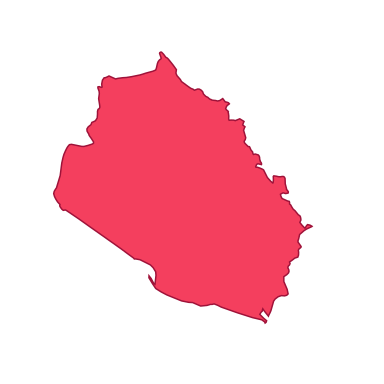 an SVG outline of Poland, rotated 213°
{"feature_id": "POL", "entity_name": "Poland", "entity_type": "country or territory", "adm_level": 0, "iso_a3": "POL", "parent_name": "Europe", "parent_adm1": "", "projection": "robinson", "projection_center": [19.099, 51.929], "detail": "fine", "context": "isolated", "style": "filled", "palette": "rose", "viewbox_px": 384, "rotation_deg": 213, "n_neighbors": 0, "source": "natural_earth", "source_scale": "50m", "svg_char_len": 3880}
<svg xmlns="http://www.w3.org/2000/svg" viewBox="0 0 384 384"><g transform="rotate(213 192 192)"><path d="M313.7,205.9L315.2,208.2L315.8,210.1L315.2,211.6L315.5,213.0L316.8,214.6L321.1,219.4L323.3,224.0L324.7,225.8L327.7,228.1L328.1,229.1L326.9,230.0L325.9,230.1L325.1,230.3L324.6,231.1L325.4,232.0L326.5,233.3L328.0,237.0L327.9,239.9L326.9,240.7L325.7,242.5L324.8,244.1L317.7,245.2L316.0,247.0L312.1,250.3L309.5,252.2L305.6,255.7L299.4,261.8L297.2,264.4L295.5,266.5L290.5,272.1L288.9,274.5L289.3,276.4L291.0,281.0L291.4,283.1L291.2,285.0L290.6,286.7L290.7,287.4L292.3,288.7L294.7,290.6L294.9,291.2L294.6,292.1L293.7,292.7L290.7,292.0L287.3,290.7L286.2,290.9L284.3,290.6L276.8,288.1L271.7,286.1L271.1,284.8L270.2,282.9L268.0,281.4L263.0,280.0L261.0,278.9L253.0,278.4L249.5,278.3L247.0,278.8L245.4,278.7L243.3,281.5L241.8,282.3L239.6,282.4L237.7,281.9L235.7,280.4L232.6,279.7L230.3,280.0L228.6,279.7L227.2,279.6L226.7,279.9L225.5,279.9L223.9,280.6L222.0,281.6L220.0,282.3L218.5,283.9L217.1,287.1L213.2,285.7L211.8,286.3L210.0,286.7L208.7,286.3L209.0,285.2L209.6,283.9L209.6,282.2L209.2,280.3L208.0,279.7L206.1,279.5L205.2,279.1L205.1,278.5L204.2,277.7L202.5,275.7L201.0,273.2L199.9,272.4L198.4,273.6L196.1,275.0L194.6,275.4L191.8,279.4L186.8,279.5L186.5,277.7L186.0,275.9L183.0,275.5L183.0,274.4L182.3,271.8L176.5,266.8L175.8,264.7L176.0,263.8L175.6,262.5L174.3,261.7L169.7,260.7L168.5,261.3L167.4,260.7L165.7,259.5L162.8,258.5L162.5,258.0L161.4,257.1L160.8,257.0L160.4,257.5L159.6,258.3L156.6,259.2L155.4,258.8L154.3,258.0L153.0,256.3L151.2,254.8L149.8,254.2L148.9,253.4L148.7,252.8L152.1,251.6L152.8,250.3L152.4,247.9L151.9,247.6L150.6,248.4L147.8,249.1L145.3,249.5L144.0,249.5L136.7,245.2L132.0,243.9L129.3,243.5L129.0,243.9L130.2,246.3L132.3,249.3L132.2,250.1L129.6,251.3L128.1,251.8L126.3,252.8L124.8,254.2L123.5,254.9L122.4,254.7L121.3,254.0L118.3,249.7L114.6,246.3L114.2,245.6L113.0,245.4L111.3,244.6L110.8,243.6L111.6,242.6L112.8,241.6L114.9,241.0L115.5,240.4L115.9,239.6L116.6,238.4L116.5,238.1L115.0,236.8L112.9,235.6L107.0,236.5L105.3,237.1L104.4,236.3L103.7,235.1L102.2,234.9L100.2,233.8L97.8,232.7L95.4,232.4L90.5,230.8L88.6,230.8L87.5,230.2L86.4,229.1L85.4,227.8L85.0,225.2L81.4,224.0L77.8,223.2L77.5,223.6L77.6,226.2L77.3,227.6L74.9,228.5L72.6,228.6L72.7,228.2L75.7,223.4L77.0,220.5L78.6,215.0L77.0,210.7L76.5,208.7L75.7,207.7L70.8,205.7L70.5,204.9L71.3,202.1L71.0,200.9L69.8,199.6L68.3,197.1L67.8,195.0L69.8,192.5L70.4,190.7L71.3,188.2L72.0,186.8L72.1,186.4L70.8,185.4L70.5,184.0L70.9,182.1L70.3,180.6L68.6,179.6L67.5,178.4L67.0,176.8L67.5,174.3L68.9,171.0L66.2,166.9L59.2,162.2L55.9,158.9L56.3,157.0L57.8,155.3L60.6,153.8L62.7,151.1L63.9,147.8L64.0,147.2L64.1,144.9L61.2,135.5L60.8,133.2L60.5,130.3L60.3,129.5L66.4,131.5L69.0,132.6L68.7,131.4L68.2,130.3L68.6,128.7L68.5,126.3L62.9,125.1L59.3,124.7L58.9,123.0L59.3,121.9L60.3,122.6L63.9,122.8L72.9,119.6L88.3,115.4L104.8,111.4L108.6,111.0L112.5,110.2L113.9,108.7L115.4,107.7L117.6,105.1L122.6,101.1L131.3,99.6L134.6,97.7L141.4,95.0L157.0,92.0L163.4,91.4L169.8,91.3L175.4,93.7L181.4,96.6L182.4,98.3L179.2,97.2L174.5,94.6L172.8,94.5L176.8,102.5L179.0,105.3L183.4,107.4L187.2,108.2L198.7,106.9L202.8,105.2L203.9,104.4L205.0,104.8L212.5,105.2L220.1,105.7L232.3,106.2L245.0,106.7L258.2,107.2L272.5,107.8L287.6,108.1L288.5,107.9L290.0,106.5L291.9,106.7L294.2,107.6L295.2,108.2L295.7,108.9L296.0,109.7L297.2,109.9L299.4,110.5L302.4,111.9L304.8,113.3L307.1,115.3L307.9,117.5L308.0,120.0L307.9,121.6L308.1,122.3L311.5,134.0L317.0,145.4L319.0,150.8L319.9,153.8L320.6,158.0L320.9,161.0L320.9,162.6L320.6,164.9L319.1,166.3L309.3,170.2L307.4,171.4L304.6,174.4L302.0,177.6L301.4,178.6L301.2,179.3L301.9,180.4L305.4,182.0L309.0,183.4L310.2,184.4L312.9,185.7L313.9,186.8L314.5,187.8L314.5,190.2L313.4,193.4L313.9,195.8L312.8,197.4L311.8,199.2L311.8,202.4L313.7,205.9Z" fill="#f43f5e" stroke="#9f1239" stroke-width="1.5"/></g></svg>